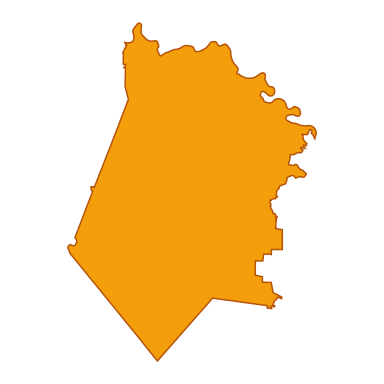 Camargo, Tamaulipas, Mexico
{"feature_id": "50627088B36916974246303", "entity_name": "Camargo", "entity_type": "district", "adm_level": 2, "iso_a3": "MEX", "parent_name": "Mexico", "parent_adm1": "Tamaulipas", "projection": "orthographic", "projection_center": [-98.799, 26.181], "detail": "fine", "context": "isolated", "style": "filled", "palette": "amber", "viewbox_px": 384, "rotation_deg": 0, "n_neighbors": 0, "source": "geoboundaries", "source_scale": "gbopen_adm2", "svg_char_len": 5889}
<svg xmlns="http://www.w3.org/2000/svg" viewBox="0 0 384 384"><path d="M157.4,361.0L208.5,302.8L210.8,300.1L212.7,298.1L267.5,305.7L267.2,308.0L271.6,308.6L271.1,306.3L274.5,306.7L274.7,305.7L273.6,305.6L272.8,304.9L273.6,303.4L273.8,302.3L274.3,301.3L275.2,300.2L275.8,299.9L277.0,298.8L277.4,297.2L279.0,297.6L281.6,298.7L281.9,297.2L275.6,293.8L273.1,292.8L271.2,282.4L262.4,282.2L262.4,276.8L255.2,275.1L255.4,261.0L262.8,260.9L263.7,254.2L271.2,254.2L271.3,254.3L271.5,249.5L282.3,249.5L282.3,229.6L281.4,229.6L275.8,228.6L275.8,225.0L276.1,221.0L276.3,220.3L276.2,219.5L275.7,219.4L275.7,218.9L276.6,218.0L277.1,217.4L277.2,216.8L276.9,216.6L276.6,216.5L276.4,216.5L276.1,216.7L275.6,216.6L275.4,216.4L275.4,216.1L275.7,215.8L275.8,215.1L275.5,214.4L275.1,213.7L274.7,213.6L274.3,213.8L273.9,213.8L272.9,213.3L272.7,212.6L272.8,212.2L272.8,211.5L272.4,211.2L272.1,210.4L272.0,209.8L271.5,209.1L270.6,208.9L270.5,208.5L270.7,207.7L270.4,207.0L270.5,206.8L270.8,206.6L270.7,206.3L270.4,206.1L270.3,205.8L270.4,205.4L270.7,205.2L270.9,204.8L270.9,204.1L270.8,203.8L269.9,202.9L269.8,202.5L269.9,201.9L270.2,201.5L270.4,201.1L270.2,200.8L270.3,200.2L270.7,200.1L271.1,200.2L271.5,200.1L271.8,199.5L272.5,199.0L273.4,198.7L274.6,198.8L275.5,198.7L275.9,198.5L275.7,198.0L275.7,197.6L275.9,197.3L276.8,197.1L277.2,197.0L277.5,196.8L276.4,195.4L276.4,194.8L276.6,191.5L277.7,189.4L279.0,188.6L279.4,186.6L280.1,185.8L285.5,183.8L285.9,183.0L286.7,180.6L286.9,178.1L287.2,177.5L291.1,175.7L293.3,175.5L293.8,175.8L295.2,177.8L296.0,178.1L297.2,177.3L299.3,176.8L300.3,176.8L303.5,177.2L304.2,176.9L306.2,174.3L306.4,173.6L305.9,173.1L305.3,172.9L303.9,171.6L303.1,170.5L300.4,169.5L299.6,168.7L298.9,167.9L298.3,167.0L297.8,165.8L296.7,164.8L295.8,164.4L295.2,164.4L294.7,164.7L294.3,165.2L293.8,165.5L293.1,165.5L289.5,164.8L288.9,164.6L288.6,164.2L288.5,163.9L289.7,159.6L290.3,155.5L290.3,154.6L294.2,154.6L297.3,152.7L301.4,152.7L303.0,150.1L300.7,148.6L301.0,147.5L305.0,148.3L304.1,147.3L303.6,146.1L303.5,145.0L303.6,144.9L306.0,146.0L306.9,143.6L305.8,142.6L305.4,142.4L305.3,142.1L304.9,141.5L304.6,141.3L303.6,140.2L303.1,139.3L303.5,139.0L303.0,137.4L302.9,136.0L302.6,135.2L302.1,134.6L302.5,134.2L303.1,134.8L303.3,134.8L304.4,134.5L306.2,134.6L307.4,134.6L309.9,129.4L311.9,130.3L311.4,133.6L312.2,134.1L312.8,134.5L314.1,137.4L314.5,138.6L314.8,138.9L314.8,138.2L315.2,136.9L315.8,135.2L316.1,134.1L316.2,133.2L316.0,131.3L315.2,129.4L314.3,128.0L313.7,127.4L312.8,126.8L311.7,126.2L310.3,125.7L309.2,125.5L306.9,125.8L305.0,125.9L301.7,125.5L299.9,125.2L297.6,124.2L295.0,123.3L293.5,123.3L292.1,123.0L286.9,120.4L286.3,119.8L286.0,119.1L286.0,118.7L286.0,117.9L286.1,117.2L286.5,116.5L286.8,116.1L287.3,115.7L288.2,115.3L291.2,114.7L292.8,114.6L293.9,114.8L295.9,115.9L297.0,116.1L298.2,116.1L299.2,115.8L299.8,115.2L300.3,114.4L300.5,113.5L300.3,112.7L299.9,110.4L299.6,109.5L299.1,108.9L298.6,108.3L297.7,107.7L296.4,107.3L295.2,106.6L294.5,106.6L293.9,106.7L292.4,107.9L290.5,108.9L289.0,109.1L288.4,109.0L287.7,108.5L286.8,107.4L286.1,105.3L285.7,103.9L285.0,102.1L284.4,101.3L283.6,100.6L280.3,98.8L278.9,98.7L276.6,98.9L273.9,100.2L273.6,100.4L273.3,101.4L272.3,102.1L271.5,102.6L270.5,102.8L269.4,102.9L268.1,102.8L265.4,102.1L264.1,101.2L263.4,100.0L263.0,98.6L262.3,97.7L261.2,96.9L260.6,96.0L260.2,95.2L260.4,94.3L261.2,92.0L261.8,91.6L262.9,91.4L264.2,91.9L265.9,93.0L267.5,94.4L268.6,95.5L269.4,95.8L270.4,95.9L271.5,95.9L272.3,95.6L273.2,94.9L273.6,94.4L274.3,93.1L274.6,92.3L274.7,91.4L274.5,89.7L273.8,88.1L273.3,87.4L272.5,87.0L271.7,86.8L270.2,86.7L268.9,86.2L267.8,84.9L266.8,83.4L265.7,81.0L265.0,78.7L264.9,77.9L265.0,77.2L265.4,75.8L265.4,75.3L265.1,74.3L264.7,73.7L264.2,73.3L263.8,73.0L263.0,72.9L262.2,72.9L260.2,73.7L255.3,77.1L254.4,77.5L251.5,78.2L250.1,78.2L247.4,78.2L246.1,78.0L242.7,76.7L240.9,75.7L240.1,75.3L239.4,74.4L238.9,74.2L238.4,74.3L237.8,74.2L237.0,73.4L236.9,73.0L236.8,72.5L237.6,71.3L237.8,70.6L237.9,69.7L237.9,68.9L237.8,68.2L236.8,66.5L234.3,63.9L233.5,62.7L232.2,60.3L231.2,56.9L231.0,55.7L230.8,53.3L230.6,51.2L230.2,49.8L229.7,48.9L227.6,45.9L226.5,44.8L226.0,44.4L225.4,44.2L224.9,44.1L224.1,44.4L221.4,45.6L219.8,45.9L219.0,45.8L218.5,45.6L218.0,45.0L217.7,44.4L216.4,42.5L215.7,41.9L215.1,41.7L214.4,41.6L212.0,41.9L211.3,42.1L210.5,42.6L209.7,43.5L208.9,44.7L206.9,47.2L206.1,47.8L202.5,50.0L199.4,51.4L198.3,51.6L196.5,51.6L195.7,51.4L194.9,50.9L194.5,50.5L193.8,48.2L193.5,47.6L192.9,46.9L189.4,45.8L187.2,45.6L186.0,45.5L184.7,45.8L182.6,46.6L180.2,48.2L178.8,48.7L177.2,49.2L174.0,49.6L171.2,50.6L169.1,51.7L165.8,52.8L164.2,53.7L161.9,55.2L161.4,55.7L160.9,55.9L160.1,55.6L159.7,55.1L159.2,54.3L158.8,53.4L158.0,52.1L157.6,51.0L157.3,49.6L157.5,48.3L158.4,47.1L158.6,46.8L158.7,46.2L158.6,45.3L158.3,44.6L157.6,42.2L157.2,41.6L156.2,41.0L155.8,40.8L154.1,40.9L151.9,41.2L150.0,41.1L148.3,40.5L147.5,40.1L146.4,39.4L144.9,38.0L143.7,36.3L142.4,35.5L141.8,34.6L141.2,32.8L141.1,31.8L141.2,30.0L141.1,28.1L141.5,26.0L141.5,25.1L141.3,24.6L140.8,23.9L139.9,23.2L139.2,23.0L138.7,23.1L137.7,23.7L136.5,25.3L135.2,26.6L134.1,28.1L133.1,30.2L132.8,31.2L132.8,31.9L133.8,35.1L134.0,37.1L134.0,38.0L133.7,39.3L133.4,40.1L132.3,41.7L131.5,42.3L130.5,42.5L128.9,42.8L127.5,42.9L126.5,42.9L125.4,42.6L124.2,41.9L125.1,43.0L126.1,43.9L125.6,44.8L126.6,45.2L123.1,52.1L122.8,53.1L123.4,53.2L123.2,63.5L123.3,63.7L123.4,64.3L125.7,64.4L123.9,67.8L125.5,67.8L125.1,86.4L128.4,99.4L113.9,137.3L94.3,187.4L93.9,187.0L93.3,186.7L92.6,186.9L92.0,186.5L91.2,186.6L91.0,186.8L90.8,187.6L91.0,187.8L91.4,189.8L91.7,190.7L92.1,191.1L92.7,191.4L86.7,206.8L74.9,237.8L75.8,238.6L76.4,239.6L76.8,241.5L76.6,242.3L75.1,245.4L74.6,245.7L73.7,245.8L72.4,245.5L70.8,244.7L70.1,244.6L69.4,245.1L68.4,246.1L67.9,247.1L67.8,247.9L69.0,250.0L69.9,253.2L141.1,340.6L144.0,344.4L157.4,361.0Z" fill="#f59e0b" stroke="#b45309" stroke-width="1.5"/></svg>